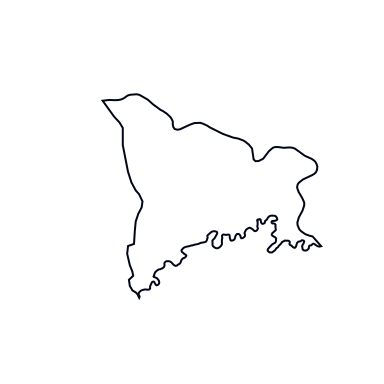 Kim Hyong Jik, Ryanggang, North Korea (Equal Earth projection), rotated 137°
{"feature_id": "82179303B57298285068990", "entity_name": "Kim Hyong Jik", "entity_type": "district", "adm_level": 2, "iso_a3": "PRK", "parent_name": "North Korea", "parent_adm1": "Ryanggang", "projection": "equal_earth", "projection_center": [127.249, 41.385], "detail": "fine", "context": "isolated", "style": "outline", "palette": "ink", "viewbox_px": 384, "rotation_deg": 137, "n_neighbors": 0, "source": "geoboundaries", "source_scale": "gbopen_adm2", "svg_char_len": 6050}
<svg xmlns="http://www.w3.org/2000/svg" viewBox="0 0 384 384"><g transform="rotate(137 192 192)"><path d="M180.7,308.0L183.0,309.4L185.4,311.4L189.8,315.8L195.1,319.7L197.6,300.0L197.6,292.4L198.9,286.1L210.7,273.4L224.9,250.6L229.7,240.5L232.1,231.6L232.2,226.5L234.6,218.9L239.3,215.1L246.3,212.6L253.3,208.8L260.4,202.5L269.8,193.6L275.6,196.1L281.5,191.1L287.4,180.9L289.8,174.6L292.2,170.8L298.0,170.8L301.5,165.8L302.7,160.7L301.6,156.9L301.6,154.4L302.8,150.6L302.1,150.9L301.6,151.4L301.4,151.8L301.1,153.0L300.7,153.7L299.9,154.3L299.1,154.6L298.4,154.7L296.8,154.7L295.6,154.3L294.8,154.0L293.9,153.4L293.4,153.2L292.9,152.8L292.4,152.4L291.3,151.0L290.2,150.1L289.0,149.9L288.6,149.9L288.4,150.1L287.2,151.4L285.9,152.1L285.5,152.3L284.6,152.5L283.4,153.2L282.3,153.3L281.4,152.9L281.2,152.7L281.0,152.3L281.0,151.8L281.5,150.3L281.7,149.0L281.7,148.3L281.5,147.9L281.0,147.6L280.4,147.4L279.9,147.3L279.2,147.4L278.7,147.5L277.7,148.1L277.0,149.2L276.7,149.8L276.7,150.2L276.6,150.4L276.4,152.6L277.0,154.3L277.8,155.7L277.8,156.2L277.8,156.4L277.6,156.5L276.4,156.9L276.1,157.1L275.8,157.5L275.3,157.7L273.8,158.4L270.7,158.4L269.8,158.2L268.8,157.8L267.7,157.1L267.1,157.0L265.8,156.4L264.2,156.2L263.2,156.4L262.3,157.0L261.9,157.3L261.0,158.5L260.5,158.8L260.0,159.0L259.1,159.1L258.4,159.0L257.8,158.7L256.1,157.2L255.8,156.6L255.3,155.7L255.1,154.7L255.1,151.6L255.0,151.0L254.8,149.9L254.2,149.0L253.5,148.6L252.9,148.4L252.3,148.5L250.1,148.0L249.3,148.0L248.2,148.3L246.7,149.2L245.3,149.6L243.7,149.6L242.5,149.0L241.5,148.9L240.3,149.0L239.7,149.2L239.5,149.4L239.4,149.6L239.4,150.3L239.9,152.1L239.9,153.5L240.2,154.4L240.2,155.0L240.0,155.7L239.6,156.4L239.4,156.6L238.7,156.7L236.7,156.9L236.0,156.8L235.2,156.6L233.2,155.7L230.7,154.1L230.4,154.0L229.0,153.4L228.2,152.7L226.7,152.1L223.0,149.8L222.0,149.4L221.3,149.2L220.1,148.7L219.2,148.2L218.4,147.5L217.6,147.1L216.8,146.6L216.0,146.3L215.5,146.2L214.4,146.5L213.8,146.7L212.9,147.3L212.0,147.7L211.5,148.2L211.0,149.1L210.8,149.4L210.2,149.7L205.6,149.6L204.9,149.5L203.6,149.0L203.1,148.7L201.9,147.5L201.1,146.1L201.1,145.6L201.3,145.0L201.8,144.6L202.4,144.3L206.8,142.8L209.3,142.7L210.4,142.4L210.6,142.1L211.0,141.6L212.2,140.2L213.0,139.5L213.5,138.4L213.6,137.9L213.5,137.1L213.1,135.3L212.9,134.9L212.2,133.9L211.5,133.4L211.0,133.1L210.1,132.9L208.1,132.8L207.1,133.0L206.1,133.2L205.6,133.5L205.1,134.0L204.2,135.2L202.8,136.5L202.3,137.1L201.5,137.4L201.3,137.6L200.1,139.3L199.7,139.6L199.3,139.7L198.6,139.7L198.0,139.5L197.7,139.2L197.2,138.4L196.5,137.6L194.4,136.0L194.2,135.8L194.0,135.3L194.1,134.6L195.9,132.3L196.3,131.1L196.5,130.9L196.7,130.4L196.6,129.8L196.4,129.6L195.5,128.9L194.6,128.6L194.0,128.4L193.2,128.5L192.6,128.7L190.1,130.2L188.5,130.6L187.7,130.5L187.3,130.2L186.6,129.5L186.4,129.1L186.3,128.6L186.3,127.9L186.4,127.2L187.3,125.5L187.4,125.0L187.5,124.6L187.0,124.1L186.5,123.8L185.8,123.6L184.8,123.5L183.5,123.6L183.0,123.9L182.6,124.4L182.0,125.3L181.8,126.0L181.1,126.5L178.6,127.4L177.5,127.5L175.7,127.2L174.3,126.6L174.1,126.4L173.8,125.9L173.1,123.4L173.0,122.7L173.0,121.4L172.9,120.9L172.6,120.4L172.2,120.1L171.5,119.8L171.1,119.7L170.1,119.8L168.7,120.3L168.4,120.8L167.8,122.2L167.5,122.5L165.9,123.7L165.0,124.8L164.2,125.6L164.2,126.0L163.9,126.5L163.4,127.0L162.9,127.1L162.2,126.3L161.6,126.4L161.3,126.3L160.8,125.7L160.8,125.2L160.8,124.8L162.0,123.0L162.3,122.2L162.4,121.5L162.3,120.9L162.2,120.6L161.7,120.3L160.4,119.8L160.1,119.8L159.6,120.0L158.3,120.9L158.0,121.0L156.5,120.8L155.2,121.0L154.4,121.4L153.2,121.5L151.9,121.5L151.5,121.4L151.0,121.2L150.5,120.8L149.9,120.5L148.2,118.7L147.6,118.0L147.4,117.4L147.3,116.4L147.5,115.4L147.7,114.8L148.4,113.8L148.6,113.7L148.9,113.7L150.5,114.1L151.5,114.7L152.3,115.5L153.0,116.0L153.4,116.1L153.8,116.1L154.2,115.9L154.4,115.7L154.7,115.2L154.7,114.6L154.6,114.2L153.8,113.5L153.5,113.0L153.3,112.4L153.1,111.7L153.2,111.3L153.3,111.0L154.7,109.7L156.3,107.4L156.7,107.1L157.1,107.0L161.4,107.1L162.1,106.9L162.7,106.5L162.9,106.3L163.0,105.9L163.0,105.2L162.6,103.6L162.1,102.3L162.1,101.1L162.2,100.6L162.4,100.4L164.1,98.9L165.0,98.4L165.7,98.2L168.6,98.9L169.9,99.0L171.5,98.8L172.9,98.8L175.3,98.5L176.1,98.1L176.4,97.9L176.7,97.4L176.7,96.2L176.6,95.8L176.4,94.9L176.0,94.5L174.8,93.3L174.2,93.1L173.4,93.1L172.2,92.9L171.0,92.8L170.6,92.8L168.8,93.3L168.4,93.3L167.1,93.0L166.7,93.0L165.0,93.5L163.9,93.4L161.9,93.6L160.1,94.0L158.5,93.4L157.5,93.3L157.2,93.2L155.9,91.7L155.3,91.3L154.7,90.5L154.5,90.0L154.4,89.5L154.7,88.5L156.0,87.7L156.4,86.9L156.4,86.1L156.0,85.5L155.8,84.8L155.8,83.1L155.7,82.4L155.4,81.9L155.3,81.6L154.8,81.1L154.4,80.9L153.8,81.0L152.6,81.5L150.2,83.0L148.3,83.2L146.1,81.9L144.8,81.9L144.0,81.1L143.6,80.5L143.5,80.0L143.6,79.4L144.3,78.9L145.3,78.4L147.4,77.8L148.5,77.2L149.0,76.3L150.0,75.0L150.1,74.3L150.2,73.8L150.0,73.1L149.7,72.6L148.6,71.5L147.6,71.0L146.4,71.0L145.1,71.1L144.4,71.6L143.7,72.3L143.1,72.6L142.7,72.6L142.1,72.4L141.7,72.0L141.0,71.7L140.4,71.6L139.5,71.8L139.1,71.7L138.5,71.5L138.1,70.9L138.0,70.6L137.8,69.9L137.8,69.4L137.6,68.3L136.9,66.4L136.5,65.7L136.0,65.1L134.5,64.3L134.1,77.3L135.6,79.4L137.9,83.9L138.9,88.7L139.0,91.2L138.3,93.4L137.4,95.7L135.8,97.8L131.1,100.6L123.9,103.0L119.0,105.7L117.1,107.8L115.5,112.4L114.0,119.2L113.1,121.5L111.9,123.8L109.5,125.5L107.3,125.9L102.3,125.5L92.6,122.4L90.2,121.9L87.8,121.9L85.3,123.1L83.0,125.1L81.9,127.3L81.2,129.8L81.3,132.1L81.9,134.7L84.8,141.6L87.1,153.4L88.2,155.7L90.3,158.1L94.8,161.8L98.4,166.2L100.7,168.3L102.8,169.2L107.9,169.4L117.2,167.8L122.1,169.2L124.5,171.2L124.7,173.8L118.4,182.9L118.1,187.7L118.7,192.5L119.4,194.8L121.7,199.5L124.9,203.9L129.8,213.4L135.0,227.4L135.5,229.8L137.5,234.7L138.8,237.0L143.3,240.8L147.7,242.7L157.9,246.0L160.2,247.5L161.7,249.9L161.4,252.1L160.1,254.4L158.0,256.6L157.2,259.0L156.7,261.3L157.0,266.2L158.1,271.2L159.0,273.5L160.7,282.7L161.4,289.9L164.2,298.9L165.9,301.3L170.8,305.2L173.1,306.4L178.1,307.1L180.7,308.0Z" fill="none" stroke="#020617" stroke-width="2"/></g></svg>